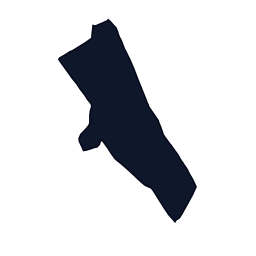 Al-Midaina, Al-Basrah, Iraq (Mercator projection), rotated 144°
{"feature_id": "34846034B84303625922159", "entity_name": "Al-Midaina", "entity_type": "district", "adm_level": 2, "iso_a3": "IRQ", "parent_name": "Iraq", "parent_adm1": "Al-Basrah", "projection": "mercator", "projection_center": [47.228, 30.976], "detail": "fine", "context": "isolated", "style": "filled", "palette": "ink", "viewbox_px": 256, "rotation_deg": 144, "n_neighbors": 0, "source": "geoboundaries", "source_scale": "gbopen_adm2", "svg_char_len": 1652}
<svg xmlns="http://www.w3.org/2000/svg" viewBox="0 0 256 256"><g transform="rotate(144 128 128)"><path d="M80.3,227.2L81.6,226.9L84.4,227.5L87.2,228.0L90.3,228.8L93.8,229.5L94.4,229.7L95.4,230.8L96.0,231.5L97.9,229.4L99.8,227.3L102.4,224.5L104.3,222.0L112.4,222.0L127.8,223.2L130.2,223.9L132.1,223.9L137.2,224.3L142.1,224.8L143.6,224.3L143.8,221.1L143.8,215.4L143.8,208.4L143.9,202.7L143.9,200.9L143.5,193.9L143.8,187.6L143.6,180.8L143.9,175.0L143.6,169.1L144.7,166.7L148.3,164.0L151.3,160.8L156.0,154.4L158.3,153.0L162.2,152.0L166.5,151.2L170.0,150.6L173.8,148.3L175.2,145.8L175.9,142.4L176.1,141.0L177.2,135.9L174.2,134.4L171.4,133.5L170.4,133.1L167.2,132.2L164.1,130.9L160.9,131.5L158.9,133.0L156.1,134.1L156.1,133.7L156.1,128.3L156.1,123.5L156.5,117.1L156.5,110.9L156.0,108.5L154.2,101.9L152.6,94.7L150.9,86.3L149.8,80.0L148.0,72.0L144.5,65.7L144.3,63.8L144.6,58.1L145.1,51.6L145.7,42.5L146.0,33.8L145.1,25.0L145.1,24.5L143.3,25.3L139.3,25.1L134.7,26.9L118.9,34.3L117.6,34.9L114.3,36.5L109.3,39.4L107.5,40.4L106.7,44.4L105.9,48.7L105.3,54.7L104.4,60.4L104.3,65.1L104.1,67.6L104.1,71.1L103.4,77.3L103.4,78.7L103.4,79.6L103.4,80.6L103.4,83.3L103.3,88.7L103.5,90.3L103.5,91.8L103.5,94.0L103.5,96.9L103.5,99.4L103.4,101.9L102.0,106.2L100.9,110.0L100.2,113.0L99.8,114.8L99.1,116.5L99.1,117.5L99.1,119.6L99.0,122.3L98.8,129.9L98.8,131.7L98.6,133.5L98.0,135.1L97.7,137.1L96.6,141.0L94.7,148.5L91.8,160.3L90.7,164.4L89.8,167.6L88.6,172.1L86.4,181.7L85.9,184.5L85.8,185.4L85.1,189.2L84.2,194.7L81.8,203.8L81.7,206.0L81.2,208.1L79.8,212.1L79.1,215.1L78.8,216.3L79.3,219.5L79.7,223.7L80.3,227.2Z" fill="#0f172a" stroke="#020617" stroke-width="1.5"/></g></svg>